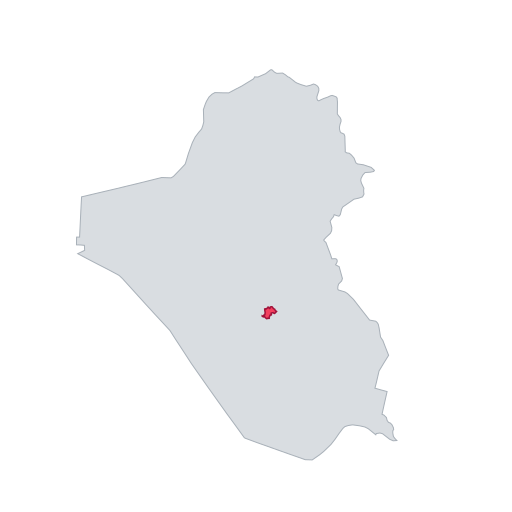 Al-Kufa, An-Najaf, Iraq (highlighted), rotated 15°
{"feature_id": "34846034B35255353982404", "entity_name": "Al-Kufa", "entity_type": "district", "adm_level": 2, "iso_a3": "IRQ", "parent_name": "Iraq", "parent_adm1": "An-Najaf", "projection": "albers", "projection_center": [44.484, 32.07], "detail": "fine", "context": "in_parent", "style": "filled", "palette": "rose", "viewbox_px": 512, "rotation_deg": 15, "n_neighbors": 0, "source": "geoboundaries", "source_scale": "gbopen_adm2", "svg_char_len": 4470}
<svg xmlns="http://www.w3.org/2000/svg" viewBox="0 0 512 512"><g transform="rotate(15 256 256)"><path d="M208.2,83.4L211.6,82.6L218.1,77.4L221.9,72.4L223.1,72.0L226.4,73.7L228.8,74.2L234.4,72.4L237.6,73.4L240.4,74.7L241.9,74.8L249.3,78.0L251.2,78.4L255.0,78.8L260.7,79.0L264.4,77.0L267.0,75.0L268.8,75.1L270.6,75.6L272.0,76.4L273.3,77.9L273.9,80.0L273.6,86.6L274.2,88.4L275.2,89.7L276.5,89.9L278.0,88.5L280.7,86.3L284.1,84.0L286.6,81.9L288.0,81.2L290.2,81.3L292.4,81.6L293.6,82.6L293.6,83.0L294.8,86.1L297.8,97.8L299.5,99.2L301.4,100.5L302.8,102.2L303.3,104.0L303.1,106.7L303.2,109.8L304.0,112.2L305.1,114.1L306.2,115.0L307.7,115.1L309.5,115.5L310.8,117.3L314.8,130.6L315.2,132.3L316.9,132.9L319.6,132.6L322.4,134.0L325.4,136.1L328.3,140.1L330.2,140.8L336.2,140.1L344.3,140.6L348.2,142.6L347.8,143.9L344.9,145.4L339.7,147.2L338.2,150.1L337.4,153.8L337.6,155.9L338.9,158.2L342.7,162.7L342.9,164.4L343.6,166.7L344.3,168.2L343.6,171.3L340.3,173.5L335.9,175.8L327.2,186.1L326.6,188.3L326.7,194.3L325.8,196.1L323.0,196.1L320.8,195.8L320.7,197.9L319.4,200.7L318.6,203.2L321.9,208.9L322.5,212.0L322.0,214.8L319.0,219.6L317.3,222.9L317.7,223.6L320.1,224.9L327.6,235.4L330.0,239.1L333.1,238.1L334.3,238.1L335.2,238.7L335.8,239.9L335.8,241.5L335.1,243.9L339.1,244.8L340.5,247.2L345.3,255.4L345.2,257.9L343.0,261.8L343.0,264.4L343.5,266.7L344.3,267.5L351.2,267.7L354.1,268.6L361.4,272.7L369.7,279.0L376.5,284.1L382.3,288.5L388.5,288.0L390.1,288.8L391.7,290.2L393.6,293.8L397.3,302.1L400.4,304.8L405.2,311.4L409.8,317.6L407.2,326.2L404.6,335.2L405.0,346.7L405.1,352.9L411.1,353.0L417.7,353.0L418.0,360.4L418.3,367.8L418.7,376.3L420.6,376.5L423.8,378.3L425.2,380.9L427.0,382.4L429.0,382.6L431.0,383.8L433.1,386.2L433.9,388.0L433.4,389.3L433.9,391.5L435.4,394.7L437.1,396.1L439.8,397.8L436.3,399.0L432.5,398.4L424.2,394.9L421.5,394.9L418.1,396.4L418.0,397.7L409.2,393.8L406.1,393.1L405.0,393.0L400.0,393.2L393.0,394.1L388.9,395.9L386.0,397.8L384.8,399.6L384.3,400.6L382.2,405.8L379.8,412.5L377.2,418.6L372.1,427.1L369.3,431.0L363.1,438.4L356.3,440.0L340.5,438.8L323.0,437.4L305.6,436.0L292.7,434.8L291.7,434.5L278.9,424.1L268.8,416.0L256.3,405.7L243.6,395.2L230.8,384.5L221.5,376.7L210.3,366.6L200.1,357.5L192.1,350.2L181.8,343.7L173.8,338.7L162.2,331.3L152.9,325.3L145.0,320.2L132.9,312.4L128.8,310.2L116.1,307.2L104.0,304.6L91.5,301.8L83.2,299.9L89.0,294.9L87.5,290.1L83.5,290.8L79.7,291.7L77.8,284.2L80.7,283.4L78.6,273.7L76.4,263.6L74.3,253.9L72.2,244.0L83.0,238.2L91.0,233.9L102.2,227.9L113.0,222.0L123.3,216.4L134.5,210.2L144.6,204.6L153.7,202.5L155.6,200.6L160.0,192.7L163.7,185.8L163.9,184.2L164.2,174.4L165.2,162.9L166.5,156.7L168.7,151.3L170.6,147.4L170.9,143.7L170.8,139.9L169.1,134.2L167.3,128.2L167.7,122.4L168.1,119.4L169.5,114.5L171.7,111.0L174.0,108.8L182.4,106.8L187.4,105.5L194.1,99.3L198.1,95.7L203.7,89.8L207.8,85.5L208.2,84.0L208.2,83.4Z" fill="#d9dde1" stroke="#a8b0b8" stroke-width="1"/><path d="M285.1,301.1L284.9,301.0L284.7,301.0L284.4,300.9L284.0,301.0L283.8,301.1L283.6,301.2L283.4,301.3L283.1,301.5L282.9,301.7L282.9,301.8L283.0,302.1L283.0,302.4L283.0,302.8L283.0,303.1L282.9,303.2L282.6,303.1L282.3,303.0L282.0,302.9L281.7,302.7L281.1,302.2L280.9,302.2L280.9,302.4L280.8,302.7L280.7,302.9L280.5,303.2L280.5,303.3L280.4,303.4L280.2,303.6L279.9,303.9L279.7,304.3L279.5,304.6L279.2,304.8L278.9,304.8L278.7,304.8L278.7,304.6L278.3,304.8L278.1,304.9L278.4,305.8L278.7,306.5L279.1,307.4L279.5,308.3L279.6,309.3L279.8,310.5L279.6,310.7L279.2,310.8L278.9,311.0L278.8,311.8L278.6,312.4L278.3,312.4L277.9,312.3L277.5,312.2L277.6,312.6L278.0,312.8L278.7,312.7L279.0,312.8L279.1,312.3L279.6,312.2L280.0,312.3L280.5,312.9L281.0,313.1L281.9,313.6L282.5,313.8L282.7,313.6L283.0,313.6L283.2,313.2L283.7,313.1L283.8,313.1L284.3,313.0L284.9,312.8L284.7,312.3L284.6,312.1L284.7,311.5L284.7,311.0L284.8,310.7L284.8,310.4L284.8,310.0L284.8,309.6L285.0,309.5L285.3,309.4L285.6,309.2L285.9,309.0L286.1,308.9L286.1,308.7L285.8,308.4L285.6,308.1L285.6,307.9L285.5,307.2L286.0,306.9L286.4,306.6L286.9,306.5L287.2,306.3L287.3,306.4L287.5,306.5L287.8,306.5L288.2,306.7L288.5,306.8L288.9,306.6L289.0,306.4L289.5,305.6L289.7,305.2L289.9,304.9L290.1,304.4L290.2,304.2L289.9,304.1L289.6,304.0L289.4,303.9L289.0,303.9L288.9,303.8L288.8,303.7L288.4,303.3L288.1,302.9L288.0,302.7L287.8,302.7L287.6,302.6L287.3,302.5L287.1,302.4L286.8,302.3L286.6,302.3L286.3,302.2L286.2,302.1L285.8,301.7L285.4,301.4L285.1,301.1L285.1,301.1Z" fill="#f43f5e" stroke="#9f1239" stroke-width="1.5"/></g></svg>